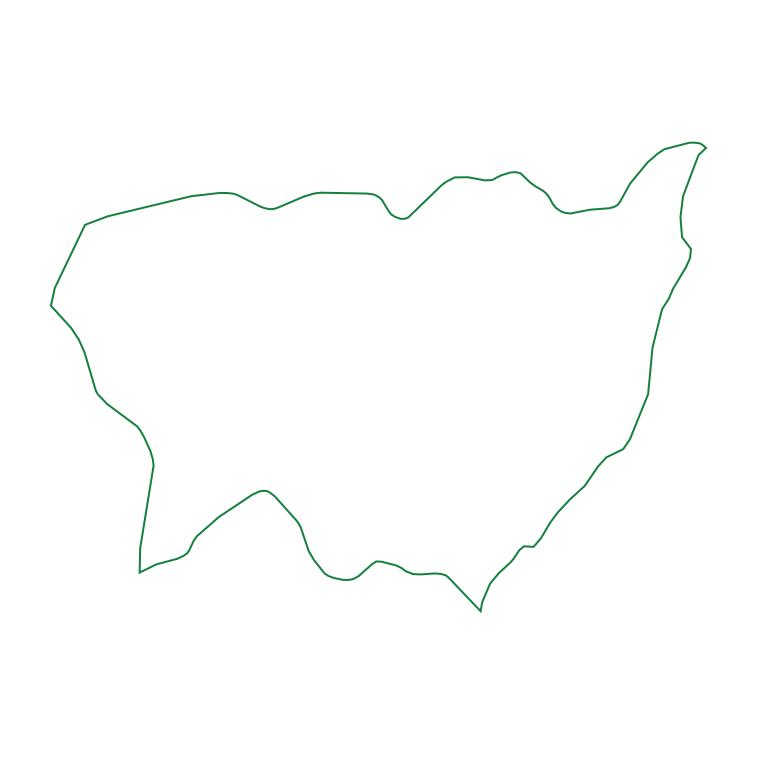 outline of San José, rotated 268°
{"feature_id": "URY-5", "entity_name": "San José", "entity_type": "Department", "adm_level": 1, "iso_a3": "URY", "parent_name": "Uruguay", "parent_adm1": "", "projection": "natural_earth1", "projection_center": [-56.713, -34.322], "detail": "fine", "context": "isolated", "style": "outline", "palette": "green", "viewbox_px": 768, "rotation_deg": 268, "n_neighbors": 0, "source": "natural_earth", "source_scale": "10m", "svg_char_len": 1993}
<svg xmlns="http://www.w3.org/2000/svg" viewBox="0 0 768 768"><g transform="rotate(268 384 384)"><path d="M608.6,714.1L602.0,706.5L590.9,701.7L561.1,689.4L540.3,686.1L520.3,687.0L508.2,695.5L499.0,694.2L490.2,689.9L469.1,676.2L459.1,671.5L449.0,664.5L410.9,653.6L364.6,647.6L320.1,627.8L310.6,620.8L302.9,603.6L294.1,595.0L275.3,581.2L261.9,565.5L250.0,553.6L239.6,545.2L224.4,535.5L216.0,527.8L216.9,518.2L213.2,513.4L204.9,507.5L201.4,504.3L190.7,491.9L180.5,482.9L162.4,474.5L153.6,472.6L188.4,441.7L190.6,439.1L192.2,434.4L192.9,427.8L192.4,414.2L193.0,406.5L196.2,399.1L199.6,394.9L202.4,389.4L206.6,374.9L206.9,370.1L204.6,366.1L193.3,352.5L191.6,349.6L190.1,346.4L189.4,341.7L189.7,336.0L192.0,326.8L194.2,321.6L196.8,318.0L210.3,308.0L219.4,303.0L243.6,295.8L247.8,293.6L250.3,292.0L275.5,271.0L279.5,266.1L280.6,264.3L281.3,262.3L281.4,260.2L281.0,255.6L277.8,248.2L256.8,214.2L238.3,191.6L234.2,188.5L224.6,183.5L221.7,181.5L219.0,177.2L216.5,171.2L211.7,150.3L204.1,133.2L228.4,134.6L310.5,150.9L317.0,150.3L324.8,148.3L338.8,142.6L345.4,139.2L350.1,136.0L373.6,106.6L383.1,98.2L384.7,97.1L387.2,95.8L426.1,85.8L439.1,80.5L450.8,73.4L473.8,53.9L491.3,58.3L553.5,90.8L561.2,113.6L578.4,197.9L580.7,226.7L580.3,234.4L579.4,240.3L578.1,243.9L565.8,266.2L564.1,270.3L562.7,275.6L562.8,279.8L563.7,283.5L574.1,310.4L576.8,320.8L577.4,327.6L574.9,373.8L573.7,380.5L572.1,383.7L570.0,386.5L567.5,388.7L556.6,394.7L553.5,396.9L550.8,400.5L548.5,406.4L548.4,410.8L549.7,414.2L580.9,448.8L583.8,453.0L588.0,461.9L587.7,475.1L584.0,491.9L584.0,497.0L584.3,500.1L586.3,503.5L588.4,508.3L591.0,517.8L591.1,523.4L589.8,527.8L580.2,537.2L576.0,542.6L572.2,548.7L570.1,551.4L567.6,553.7L564.9,555.6L558.1,558.9L554.4,561.6L550.3,566.9L548.5,571.7L547.9,576.4L551.0,595.9L551.8,615.1L552.9,620.2L554.9,623.8L557.5,626.0L575.8,637.0L596.2,655.1L604.7,665.6L608.9,672.5L614.4,697.3L614.4,702.4L613.4,708.3L611.7,710.8L608.6,714.1L608.6,714.1Z" fill="none" stroke="#15803d" stroke-width="2"/></g></svg>